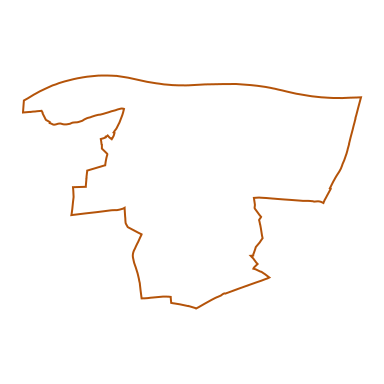 the district of Druten, Gelderland, Netherlands
{"feature_id": "6326949B94625978297128", "entity_name": "Druten", "entity_type": "district", "adm_level": 2, "iso_a3": "NLD", "parent_name": "Netherlands", "parent_adm1": "Gelderland", "projection": "orthographic", "projection_center": [5.596, 51.869], "detail": "fine", "context": "isolated", "style": "outline", "palette": "amber", "viewbox_px": 384, "rotation_deg": 0, "n_neighbors": 0, "source": "geoboundaries", "source_scale": "gbopen_adm2", "svg_char_len": 5599}
<svg xmlns="http://www.w3.org/2000/svg" viewBox="0 0 384 384"><path d="M361.0,97.3L356.9,97.5L350.0,97.7L343.4,98.0L342.1,98.1L339.4,98.0L333.3,98.0L327.6,97.7L324.7,97.5L321.3,97.3L312.0,96.3L309.4,95.9L306.4,95.4L299.3,94.2L296.2,93.7L287.0,91.6L282.1,90.4L278.4,89.6L274.7,88.7L273.0,88.4L270.3,87.8L268.6,87.5L265.3,86.9L257.4,85.8L250.9,85.1L236.1,84.0L221.3,84.1L216.5,84.2L205.1,84.4L199.9,84.7L192.5,85.1L189.0,85.3L185.7,85.4L180.5,85.3L177.7,85.3L172.5,85.1L167.9,84.7L164.0,84.4L159.4,83.7L156.2,83.3L147.0,81.8L139.2,80.1L128.2,77.7L123.8,77.0L116.6,75.9L116.1,75.9L114.1,75.8L112.3,75.7L106.5,75.5L102.2,75.5L99.6,75.6L98.3,75.6L87.1,76.7L82.6,77.4L80.4,77.8L77.5,78.3L73.4,79.2L64.7,81.4L60.7,82.6L58.8,83.2L55.8,84.4L52.6,85.4L48.0,87.5L45.4,88.7L41.4,90.6L39.9,91.3L35.4,93.8L33.9,94.6L27.7,98.4L24.6,100.1L23.9,100.5L23.0,112.4L23.0,112.5L30.1,111.9L30.3,112.0L32.9,111.6L35.2,111.5L36.5,111.3L37.4,111.2L40.9,110.9L41.5,110.8L41.7,111.2L41.8,111.2L42.6,112.6L42.6,113.3L42.9,114.0L44.9,117.9L45.2,118.6L45.4,118.8L45.6,119.4L45.8,119.7L46.1,120.0L48.3,121.2L49.0,121.6L49.6,122.0L49.8,122.1L49.7,123.1L50.2,123.2L51.2,123.6L52.8,124.4L53.3,124.6L54.1,124.7L54.4,124.7L55.9,124.4L58.2,123.7L60.0,123.5L60.4,123.5L60.8,123.6L62.9,124.2L63.4,124.3L64.2,124.4L65.0,124.4L65.8,124.4L66.2,124.4L67.0,124.3L69.3,123.9L70.2,123.7L70.5,123.5L71.9,122.9L72.3,122.7L72.6,122.7L73.7,122.5L75.0,122.4L76.6,122.3L77.1,122.3L78.5,122.0L81.0,121.2L82.0,120.9L82.9,120.4L84.4,119.4L86.1,118.6L87.2,118.1L88.2,117.8L90.3,117.3L91.8,116.7L95.2,115.6L97.1,115.1L98.0,114.9L98.4,114.8L100.4,114.6L101.1,114.4L103.1,113.9L105.4,113.2L107.8,112.5L109.4,112.0L111.4,111.3L113.0,110.9L115.3,110.3L115.9,110.1L117.5,109.5L119.0,109.1L121.0,108.6L121.6,108.5L122.0,108.5L122.4,108.6L123.2,108.7L123.8,108.8L124.0,108.9L123.8,109.7L123.6,110.4L123.1,112.5L122.7,113.8L122.3,115.1L121.0,118.5L119.4,122.7L119.1,123.2L116.6,128.2L116.4,128.6L114.5,131.1L113.6,132.5L114.5,132.9L114.4,133.4L113.7,135.7L113.5,136.1L112.3,138.3L111.8,139.1L111.2,138.4L110.9,138.6L109.6,137.6L109.1,137.1L107.7,135.5L107.1,136.1L106.8,136.2L106.3,136.4L106.2,136.4L106.1,136.5L105.8,136.6L106.0,137.1L105.9,137.3L105.2,137.6L104.5,137.9L103.7,138.2L100.8,139.0L100.9,139.7L101.2,141.4L101.6,144.5L101.9,144.7L101.9,144.9L101.9,148.6L105.3,151.9L106.1,152.7L107.0,153.6L107.2,153.8L107.3,154.0L107.3,154.5L107.3,154.8L107.0,155.6L106.8,156.4L106.5,157.5L106.0,160.0L105.7,161.6L105.5,162.9L105.2,165.3L104.3,165.5L87.2,170.6L87.2,170.9L86.9,173.5L86.6,176.0L86.5,177.1L86.5,177.7L86.4,178.2L86.5,178.2L86.4,179.1L85.9,184.9L85.8,186.1L85.8,186.8L73.0,187.2L73.3,190.7L73.6,197.0L73.0,202.0L72.3,208.9L71.6,214.1L71.4,215.1L85.5,213.4L97.1,212.1L103.4,211.3L105.7,211.0L111.1,210.3L112.5,210.2L115.7,210.1L117.1,210.1L118.2,209.9L119.7,209.6L122.9,208.7L123.3,208.5L124.6,207.8L124.6,208.3L125.1,216.2L125.3,218.3L125.4,220.5L125.6,222.9L125.9,223.7L126.3,224.5L127.7,227.0L128.1,227.3L138.1,232.6L140.9,234.0L141.6,234.3L141.6,234.5L141.1,235.5L139.9,238.0L138.2,241.8L137.1,243.9L135.9,246.4L134.8,248.9L134.2,250.0L134.0,250.4L133.8,250.9L133.5,251.7L133.1,253.1L133.0,253.6L132.9,254.3L132.8,255.6L132.8,256.2L132.9,256.7L132.9,257.2L133.0,257.6L133.1,258.1L133.2,258.7L133.3,259.0L133.6,260.5L134.0,262.2L134.1,262.7L135.2,265.9L135.5,266.7L135.9,267.9L137.3,272.4L137.5,273.0L138.0,275.0L138.9,278.9L139.2,280.7L139.8,283.2L139.9,284.4L140.5,289.7L140.5,289.8L141.6,298.4L142.4,298.4L143.0,298.3L144.9,298.3L147.9,298.1L150.8,297.7L152.1,297.6L163.0,296.6L166.3,296.6L168.7,296.7L170.7,296.9L170.8,298.7L171.2,302.9L173.3,303.3L173.6,303.3L180.3,304.4L180.7,304.5L188.2,306.1L188.4,306.1L188.5,306.0L191.5,306.9L195.8,308.2L196.1,308.5L198.6,307.2L204.5,303.8L211.9,299.7L215.2,298.0L216.7,297.3L217.2,297.1L217.6,297.0L218.2,296.7L220.3,295.8L220.8,295.6L221.2,295.3L222.4,294.4L223.2,293.9L223.8,293.6L224.5,293.4L225.3,293.6L238.6,288.7L249.8,284.7L256.0,282.5L261.3,280.7L264.9,279.3L267.7,278.3L269.3,277.5L265.0,274.2L263.3,273.1L262.0,272.2L261.7,272.0L261.4,271.8L260.4,271.6L255.6,269.3L255.3,269.2L254.9,269.1L253.4,268.7L253.7,268.0L254.2,267.3L254.7,266.8L257.6,264.0L256.2,262.5L255.2,261.1L254.2,259.8L253.3,258.5L251.7,256.9L250.7,255.8L253.2,255.6L253.4,254.0L253.6,253.6L253.9,252.9L255.0,249.7L255.5,248.1L255.6,247.7L255.8,247.1L256.1,246.7L259.4,242.8L259.7,242.5L259.8,242.3L261.1,240.3L262.6,238.2L262.0,235.5L261.4,231.7L260.9,228.5L260.5,226.3L260.2,224.7L260.0,224.3L259.9,223.4L259.7,222.6L259.4,221.2L259.1,220.2L259.1,219.9L259.9,218.7L260.0,218.6L260.9,217.3L261.1,216.9L259.2,214.6L258.2,213.2L254.9,208.7L254.7,208.3L254.6,207.6L254.8,206.1L254.9,205.2L254.9,204.6L254.5,201.9L253.9,197.9L258.4,197.6L259.9,197.6L260.6,197.7L266.1,198.0L273.1,198.6L273.3,198.6L278.0,199.0L284.6,199.5L290.5,199.9L302.3,200.8L303.0,200.9L303.5,200.9L306.7,200.9L308.6,200.9L310.5,201.0L311.1,201.1L312.4,201.2L312.8,201.2L313.6,201.5L314.5,201.6L317.6,201.3L318.0,201.3L318.3,201.3L319.1,201.4L320.5,201.7L321.3,202.0L322.2,202.4L323.4,203.0L323.9,201.7L324.2,201.1L324.5,200.3L325.9,197.8L327.0,195.7L330.1,190.0L330.8,188.7L330.7,188.5L329.9,188.3L330.4,187.3L333.3,181.5L334.4,179.6L335.3,177.9L336.8,175.4L339.4,171.4L339.7,170.8L340.3,169.7L340.9,168.6L341.7,166.5L342.0,165.8L342.4,164.5L342.7,163.7L344.2,160.3L345.3,157.1L346.2,154.5L346.3,154.3L346.3,154.2L346.5,153.7L347.5,150.1L347.7,149.1L349.1,144.1L349.0,143.9L350.7,137.0L352.7,129.5L353.6,125.8L354.5,122.5L355.1,120.0L355.5,118.7L355.5,118.4L355.4,118.2L356.3,115.1L358.4,107.0L361.0,97.3Z" fill="none" stroke="#b45309" stroke-width="2"/></svg>